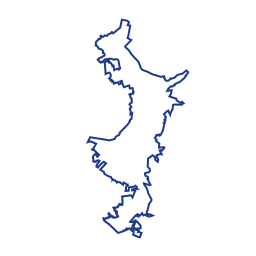 Chiapa de Corzo, Chiapas, Mexico, rotated 192°
{"feature_id": "50627088B40050898832352", "entity_name": "Chiapa de Corzo", "entity_type": "district", "adm_level": 2, "iso_a3": "MEX", "parent_name": "Mexico", "parent_adm1": "Chiapas", "projection": "mercator", "projection_center": [-92.959, 16.601], "detail": "fine", "context": "isolated", "style": "outline", "palette": "blue", "viewbox_px": 256, "rotation_deg": 192, "n_neighbors": 0, "source": "geoboundaries", "source_scale": "gbopen_adm2", "svg_char_len": 5797}
<svg xmlns="http://www.w3.org/2000/svg" viewBox="0 0 256 256"><g transform="rotate(192 128 128)"><path d="M134.1,35.1L132.0,33.2L132.2,32.7L130.0,31.3L129.8,31.5L127.3,30.2L126.9,30.2L115.8,23.3L111.8,25.7L111.4,26.4L111.0,26.2L110.4,26.7L110.4,27.1L109.3,27.4L109.2,27.8L109.0,27.6L108.6,28.3L108.0,28.4L108.1,28.7L107.5,28.7L107.6,29.2L107.3,29.0L105.6,30.3L105.0,29.6L102.8,28.3L100.9,28.1L100.7,24.6L96.3,23.7L93.7,23.5L93.0,28.2L93.7,28.1L95.5,28.7L96.5,28.4L96.2,29.9L103.2,30.5L103.0,32.5L103.3,33.3L102.9,34.2L102.3,34.3L101.8,36.9L101.3,36.9L102.1,31.7L99.3,31.1L94.8,32.5L95.5,35.3L99.1,37.9L101.6,39.2L103.9,37.0L103.5,36.7L106.4,36.7L102.4,44.0L100.3,43.7L101.3,44.7L100.8,45.7L98.2,44.7L96.5,47.6L94.7,45.7L92.6,47.2L92.3,46.6L91.0,45.8L90.5,46.1L89.9,45.7L88.3,45.9L85.7,47.5L88.5,48.1L91.0,47.8L92.1,48.9L91.6,55.2L91.8,57.5L90.0,62.0L90.2,63.0L94.7,68.5L95.6,70.5L98.1,74.2L100.0,75.4L100.8,77.1L95.1,76.7L94.8,77.0L94.5,76.7L94.1,77.0L98.4,82.2L97.6,82.7L98.5,84.4L100.7,84.8L101.6,85.8L101.9,87.2L100.8,88.1L98.9,88.8L98.0,89.6L97.6,90.7L98.3,92.5L100.7,94.3L102.0,102.2L98.3,106.4L95.7,105.0L95.0,104.3L95.0,103.6L94.4,102.3L91.9,101.1L91.8,103.2L94.5,107.0L91.6,109.0L89.5,109.2L92.4,112.6L90.9,113.3L90.1,112.9L88.3,116.1L89.1,116.7L93.6,115.2L94.2,119.4L97.4,120.7L98.0,121.2L97.6,122.4L99.4,123.7L99.2,124.5L99.4,124.5L98.5,126.4L98.8,126.9L97.3,127.6L97.0,128.1L97.1,127.1L96.0,127.1L95.9,127.7L95.4,127.2L94.9,127.7L94.4,128.6L93.3,133.4L93.4,138.6L93.1,140.3L94.0,140.5L93.0,142.2L93.7,143.0L93.2,143.2L93.1,143.9L93.8,144.2L93.1,146.2L95.7,149.1L93.8,151.8L92.3,153.4L89.5,149.7L89.4,151.5L88.7,154.6L88.2,155.6L88.5,156.6L88.6,160.1L87.1,160.7L81.8,161.6L80.2,162.1L79.9,163.0L78.8,163.6L80.5,164.9L81.7,163.8L83.2,163.7L84.3,164.5L85.4,164.7L86.3,165.3L86.6,166.5L87.1,166.7L94.1,167.5L93.1,169.9L93.2,174.0L97.4,172.4L96.7,175.0L96.1,175.6L95.3,177.1L94.2,177.8L93.6,177.6L91.2,179.6L91.6,180.2L88.7,182.7L87.1,183.6L83.2,188.6L82.1,191.2L82.4,191.3L81.3,193.2L80.7,195.0L82.9,196.4L85.8,192.7L90.7,190.1L93.1,186.7L95.9,185.2L96.9,185.2L96.9,184.4L98.6,182.5L100.1,182.2L101.2,182.5L103.3,184.8L102.8,185.0L103.6,186.2L106.4,184.9L115.2,185.6L120.8,187.1L126.0,187.8L127.7,189.1L131.1,194.3L132.2,195.4L139.7,200.6L143.5,204.3L147.5,206.6L147.7,207.3L143.1,214.7L147.1,215.9L146.9,218.2L147.1,228.6L149.7,228.5L149.0,231.5L149.3,231.9L151.1,232.7L156.5,232.7L156.5,224.6L162.0,217.7L162.4,217.6L162.8,218.3L163.9,218.4L164.2,217.2L166.8,215.6L167.5,213.9L168.2,213.6L169.5,213.9L170.3,213.4L170.9,212.3L171.5,211.8L172.3,211.8L173.2,212.7L173.8,212.7L174.0,211.9L173.3,210.5L173.7,209.5L175.4,208.8L175.8,207.3L177.0,206.1L177.2,204.8L177.0,203.6L175.7,201.9L176.0,201.8L174.0,200.8L173.2,199.5L170.5,199.4L169.3,198.8L168.3,197.9L168.1,197.1L168.4,196.8L168.2,196.2L167.4,196.3L166.2,195.2L166.0,194.5L166.2,193.8L167.4,193.0L168.1,192.0L170.5,190.5L170.7,189.7L171.3,189.5L171.8,188.5L168.6,186.3L167.8,187.3L167.3,187.5L166.9,186.9L165.5,188.1L165.7,189.0L165.0,190.1L160.4,192.0L158.1,192.3L156.3,191.8L153.8,192.9L152.5,192.8L151.3,191.9L149.6,187.5L148.0,184.8L149.3,183.2L150.0,184.0L152.6,182.6L153.5,181.7L155.2,186.0L156.1,185.3L157.0,186.9L158.9,188.4L159.1,188.5L159.4,188.0L159.9,187.9L160.9,190.4L162.2,189.4L162.0,188.9L163.2,188.7L164.4,186.8L163.7,185.2L161.1,176.1L159.0,177.8L157.8,178.3L156.2,177.0L155.6,175.1L155.9,173.5L156.8,172.6L155.3,171.8L155.1,171.2L154.4,171.8L153.9,171.6L153.7,170.7L153.2,170.7L153.3,170.5L152.8,170.4L152.8,170.1L152.2,170.5L151.1,168.6L150.2,169.4L150.0,169.0L147.2,170.7L145.8,168.8L143.8,170.3L145.3,172.0L143.8,172.8L143.1,170.9L140.5,167.0L135.8,169.9L134.4,167.0L132.0,168.0L130.0,164.2L130.6,164.0L130.2,162.6L132.4,161.9L132.2,161.5L133.5,161.0L132.4,159.7L132.3,158.9L130.7,157.7L130.9,157.3L130.6,156.8L129.9,156.0L129.7,153.7L130.2,153.7L131.5,151.5L129.1,149.2L130.1,147.7L129.9,147.4L130.2,147.1L128.8,144.8L128.5,142.0L127.0,143.3L126.6,137.7L126.9,137.7L127.9,135.5L127.5,135.0L129.0,131.4L134.8,122.1L135.2,121.8L134.9,120.7L135.4,119.2L136.8,118.2L138.3,116.5L138.6,115.0L139.0,114.4L143.3,112.1L163.1,111.1L164.4,105.8L161.9,107.1L155.9,106.0L157.4,101.2L158.6,99.6L157.7,99.1L157.2,99.8L150.7,95.7L152.0,93.5L154.4,96.1L156.3,93.1L156.0,91.0L155.2,90.0L155.1,88.2L153.7,87.9L153.2,88.5L152.5,88.2L151.2,90.0L149.8,90.2L149.0,89.9L150.9,85.2L150.6,85.0L150.9,83.7L149.2,83.1L146.9,87.2L144.7,89.9L142.1,88.8L146.5,81.5L144.0,80.4L142.8,80.2L142.0,79.4L142.0,78.8L141.0,77.9L140.1,77.9L138.2,77.0L134.3,76.4L133.9,75.4L132.6,74.5L132.2,74.5L132.2,74.3L132.0,74.6L131.0,74.1L129.9,74.1L128.7,73.1L128.1,73.4L127.6,72.6L127.5,72.9L126.1,72.9L125.0,73.4L121.0,71.5L120.8,73.7L118.5,73.1L117.4,72.2L116.7,72.5L116.7,72.1L116.1,71.7L116.7,71.1L117.0,71.1L117.8,69.8L117.3,68.4L117.3,65.9L114.3,66.8L114.7,69.8L113.8,70.5L109.5,72.0L108.8,73.1L107.0,72.0L107.1,70.8L106.3,70.4L109.0,69.8L111.2,68.7L111.0,67.8L107.8,69.0L109.1,61.1L111.2,62.8L119.6,59.7L118.9,58.2L118.4,55.6L118.0,55.3L118.0,53.8L117.7,53.5L117.9,52.9L117.5,51.7L118.7,51.2L119.2,51.8L120.3,52.1L120.7,51.9L121.0,49.8L121.5,49.7L122.1,48.8L121.7,48.3L124.3,46.9L124.7,47.5L125.6,47.0L124.8,46.2L124.3,46.4L124.2,45.5L123.5,44.9L123.8,44.4L123.3,44.3L123.0,43.9L122.2,44.4L121.9,44.2L122.3,44.0L122.2,43.7L121.4,43.5L120.9,42.1L121.5,41.8L121.9,42.2L121.8,41.8L120.5,40.2L119.9,39.7L119.5,39.8L119.2,39.3L122.6,37.3L123.8,38.3L124.1,38.0L123.9,37.7L124.4,37.4L124.9,38.4L126.7,38.6L127.1,39.3L128.1,39.7L129.0,40.7L129.4,40.1L129.1,39.5L128.8,39.2L128.1,39.3L128.3,39.0L127.9,38.7L127.8,39.1L127.3,39.0L127.0,38.6L127.3,38.4L126.5,37.5L127.1,37.2L127.4,37.4L127.5,37.2L128.2,37.1L128.6,36.8L128.5,36.1L129.6,35.9L129.7,35.5L130.4,35.4L131.1,34.5L131.3,34.7L131.7,33.8L134.1,35.1Z" fill="none" stroke="#1e3a8a" stroke-width="2"/></g></svg>